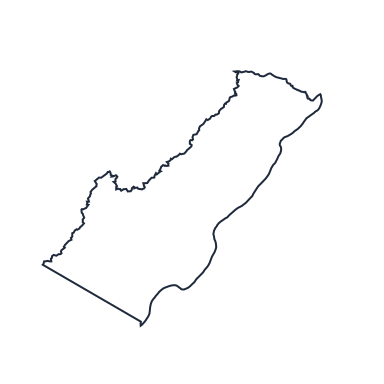 La Guadalupe, Guainía, Colombia, rotated 50°
{"feature_id": "7082276B7133073110314", "entity_name": "La Guadalupe", "entity_type": "district", "adm_level": 2, "iso_a3": "COL", "parent_name": "Colombia", "parent_adm1": "Guainía", "projection": "equal_earth", "projection_center": [-67.046, 1.426], "detail": "fine", "context": "isolated", "style": "outline", "palette": "slate", "viewbox_px": 384, "rotation_deg": 50, "n_neighbors": 0, "source": "geoboundaries", "source_scale": "gbopen_adm2", "svg_char_len": 5938}
<svg xmlns="http://www.w3.org/2000/svg" viewBox="0 0 384 384"><g transform="rotate(50 192 192)"><path d="M127.1,81.9L128.6,81.4L128.9,80.9L129.3,80.4L130.0,79.3L130.9,80.3L131.2,82.0L132.1,82.9L132.8,84.1L135.1,85.0L135.5,85.7L136.2,84.4L136.8,85.4L137.5,86.1L137.3,87.6L139.2,88.3L140.8,88.1L141.0,90.1L140.0,93.6L142.6,94.6L143.2,94.5L143.8,95.5L144.4,95.6L145.1,95.0L146.5,95.8L145.9,97.1L145.1,97.6L144.8,99.8L144.0,101.5L144.0,102.4L144.4,102.8L144.9,103.7L145.9,104.8L146.0,105.9L145.5,108.2L146.3,109.2L145.5,110.0L145.9,111.4L147.4,113.0L147.0,116.6L147.5,119.3L149.0,120.9L148.6,123.3L147.8,124.2L148.0,126.3L146.7,127.7L146.6,129.0L147.4,130.9L147.0,133.7L145.5,134.3L146.0,135.5L147.2,139.6L146.8,143.6L147.8,145.8L149.3,146.7L149.4,147.4L149.3,147.9L149.8,148.9L150.1,150.0L150.7,151.3L149.1,154.2L150.3,156.3L152.4,157.5L152.5,158.5L151.3,159.8L151.7,161.0L153.7,162.7L155.6,162.0L156.5,162.8L156.8,164.9L156.7,165.7L156.8,167.3L156.7,168.9L157.2,170.1L157.6,173.2L156.1,176.1L154.9,176.6L155.1,178.2L155.1,179.7L155.0,180.9L154.8,180.9L154.4,181.9L153.9,183.2L154.0,186.1L152.9,186.8L153.9,188.0L153.8,188.6L153.7,190.0L152.9,192.0L155.1,191.8L155.5,192.4L156.7,193.1L155.5,195.0L154.4,195.5L154.4,196.1L152.8,196.8L152.9,198.3L152.8,199.2L154.0,201.3L154.7,203.3L156.1,202.6L155.9,203.9L155.9,206.0L155.9,207.6L154.4,207.5L155.5,210.2L156.7,211.6L155.9,212.8L155.1,213.8L155.5,217.5L156.4,220.5L155.7,221.5L154.0,223.6L155.5,224.3L156.3,224.9L157.1,224.8L158.0,225.1L158.3,225.8L158.4,226.7L158.2,226.9L157.8,228.7L157.5,229.0L156.7,229.5L156.3,230.1L155.5,230.6L154.7,231.2L153.5,231.0L152.8,232.2L152.4,232.7L152.1,233.8L151.2,233.1L150.4,233.3L150.5,235.6L151.7,236.9L152.0,238.6L151.0,239.7L150.4,240.8L147.4,240.4L146.7,241.6L145.9,242.5L145.5,245.4L143.6,245.1L143.2,245.8L141.6,246.7L141.6,247.4L141.3,248.4L139.3,246.7L139.3,245.7L136.4,245.1L133.9,245.5L134.7,243.7L133.9,243.2L132.7,242.0L132.8,240.5L132.2,239.3L130.3,239.5L129.3,242.6L128.9,243.1L128.5,243.7L128.1,242.6L126.7,243.3L125.0,242.1L123.3,241.8L123.1,243.2L122.5,243.8L123.1,245.3L122.7,252.3L121.1,254.1L121.2,255.7L121.1,256.8L121.2,258.3L121.1,259.4L124.7,259.9L125.4,261.0L126.2,261.5L126.1,263.6L126.2,265.4L126.1,266.9L126.8,269.8L128.1,270.3L128.5,271.4L129.7,273.0L130.1,275.9L133.1,277.1L132.4,278.2L131.9,278.7L133.1,279.2L134.0,280.6L135.2,279.6L136.2,283.5L135.8,284.5L135.4,286.2L134.3,287.5L134.6,288.2L135.4,288.7L137.0,289.8L138.5,289.7L139.7,290.3L142.4,291.1L142.8,293.4L143.6,293.9L144.8,295.1L146.6,294.9L147.1,298.1L147.0,300.2L147.6,301.7L147.2,304.1L146.3,304.5L146.2,306.4L146.6,307.6L147.1,308.8L146.6,310.2L149.3,312.5L149.3,313.3L149.3,314.2L151.1,315.0L150.3,318.0L150.9,323.3L151.3,324.3L151.6,325.4L152.9,325.3L152.7,329.2L153.2,330.6L155.1,331.4L155.1,332.6L154.5,333.5L153.9,334.2L153.6,336.9L151.3,338.4L151.2,340.5L152.4,341.6L152.4,342.9L154.7,344.4L153.4,345.9L152.0,346.8L150.9,348.9L150.1,349.8L150.5,350.5L151.1,351.2L151.7,352.2L151.8,353.1L258.5,314.5L259.8,316.0L261.4,317.2L261.5,315.4L260.9,311.4L260.5,309.7L260.2,309.0L259.7,307.1L259.0,305.0L257.9,302.9L256.6,301.4L254.8,299.6L253.0,297.7L251.0,295.1L249.7,292.6L249.2,290.6L248.8,288.3L248.3,286.4L248.0,284.0L247.4,281.4L247.3,278.3L247.4,276.0L248.0,273.9L249.5,269.7L250.9,266.9L252.4,265.0L253.9,263.9L258.0,262.9L259.8,262.6L261.5,260.9L262.3,258.5L262.9,256.0L262.9,253.6L262.7,251.1L262.6,248.2L261.6,244.9L260.7,235.3L259.7,232.0L259.4,229.7L258.8,226.9L257.6,224.0L255.6,220.5L254.3,218.1L252.5,213.2L251.3,211.1L250.2,209.3L248.2,207.7L245.9,206.3L244.2,205.6L242.8,205.3L240.5,203.9L237.9,202.6L235.8,200.0L234.4,196.9L234.2,195.3L233.5,193.7L233.1,191.3L233.1,188.6L233.4,185.9L233.6,183.2L234.1,181.4L233.7,178.5L233.5,170.1L233.7,167.0L234.7,162.8L234.9,157.5L234.2,152.1L233.9,148.6L232.7,145.9L230.6,139.1L230.1,137.1L229.9,134.2L229.1,127.1L228.5,124.5L227.7,121.6L226.1,118.5L224.5,115.6L223.4,112.1L223.2,109.6L221.3,105.1L220.4,103.4L219.7,101.6L219.3,99.8L217.9,97.7L216.4,96.0L214.6,95.0L212.8,94.7L211.6,94.0L209.8,90.9L209.8,89.0L209.5,88.0L209.5,85.9L210.0,84.5L210.6,83.0L211.3,78.9L211.5,76.2L211.3,74.6L211.7,70.4L211.5,68.0L211.5,66.7L210.8,63.4L209.9,60.2L209.1,56.9L209.5,51.7L209.6,50.4L209.8,48.2L209.8,47.2L209.7,46.2L209.8,45.1L210.0,44.2L210.1,43.3L210.0,42.1L209.7,40.9L209.2,39.7L208.5,38.2L207.9,37.1L207.0,35.7L206.3,34.7L205.5,34.0L204.4,33.3L202.5,32.3L200.7,31.1L199.5,30.9L199.0,34.2L199.7,40.6L198.4,41.8L197.8,42.2L197.4,42.2L197.1,42.0L196.7,42.0L196.1,42.2L195.7,42.2L195.4,42.7L195.2,43.1L194.2,43.1L193.8,43.0L193.6,42.6L193.4,42.1L192.9,41.8L192.7,41.8L192.4,42.2L192.1,42.2L191.5,41.7L191.1,41.4L190.5,41.3L188.8,41.2L188.6,41.1L188.3,40.8L188.1,40.8L187.9,41.1L187.8,41.7L187.6,42.0L186.5,42.7L186.1,43.1L185.8,43.5L185.6,43.7L184.8,44.0L184.3,44.3L183.8,44.3L183.5,44.4L183.4,44.5L183.1,44.9L182.9,45.0L182.5,45.2L182.0,45.2L181.7,45.3L181.3,45.8L181.1,46.0L180.6,46.1L177.7,47.4L177.2,47.5L176.5,47.5L175.7,46.9L175.2,46.8L174.6,47.7L174.2,47.8L173.6,47.7L172.6,47.3L172.2,47.3L171.8,47.5L171.4,47.9L171.1,48.1L170.0,48.6L169.4,48.8L168.9,48.7L168.4,48.5L167.3,47.9L166.8,47.5L166.6,47.4L166.2,47.3L165.7,47.5L165.3,47.8L164.5,48.9L163.8,49.7L162.6,50.4L160.8,51.8L160.1,52.2L159.5,52.7L158.9,53.1L158.3,53.6L157.6,53.8L156.9,54.2L156.3,54.5L155.0,54.8L153.6,55.3L152.2,55.5L151.8,55.7L151.6,55.9L151.3,56.1L151.0,56.6L150.6,57.5L150.3,58.6L150.2,59.8L149.8,61.6L149.4,62.8L149.1,63.2L148.7,63.6L148.2,64.1L147.2,64.8L146.8,65.2L146.4,65.4L146.1,65.4L144.9,65.3L144.3,65.5L144.1,65.7L143.6,66.5L142.4,67.9L142.0,68.1L141.5,68.2L140.8,68.0L140.5,68.0L140.1,68.2L139.6,68.5L138.5,68.9L137.9,69.2L137.5,69.7L137.0,70.8L136.6,71.3L135.6,72.2L135.0,72.5L134.5,72.8L134.0,73.2L133.9,73.4L133.8,73.8L133.7,74.2L133.1,75.4L132.7,76.1L132.4,76.8L132.2,77.2L131.8,77.5L131.0,77.6L130.7,77.9L130.2,78.1L129.8,78.4L129.3,78.9L129.1,79.0L127.1,81.9Z" fill="none" stroke="#1e293b" stroke-width="2"/></g></svg>